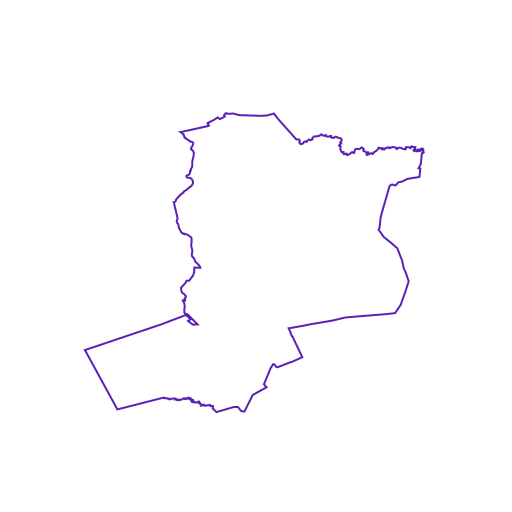 Ziemera pag., Aluksne, Latvia, rotated 163°
{"feature_id": "27541924B47262508870968", "entity_name": "Ziemera pag.", "entity_type": "district", "adm_level": 2, "iso_a3": "LVA", "parent_name": "Latvia", "parent_adm1": "Aluksne", "projection": "robinson", "projection_center": [27.036, 57.508], "detail": "fine", "context": "isolated", "style": "outline", "palette": "violet", "viewbox_px": 512, "rotation_deg": 163, "n_neighbors": 0, "source": "geoboundaries", "source_scale": "gbopen_adm2", "svg_char_len": 6053}
<svg xmlns="http://www.w3.org/2000/svg" viewBox="0 0 512 512"><g transform="rotate(163 256 256)"><path d="M132.0,166.9L124.1,177.5L117.4,187.1L117.6,196.2L118.3,200.8L117.6,209.7L117.8,211.0L118.6,222.0L123.2,229.4L128.5,237.2L129.8,241.9L130.2,242.5L130.2,243.0L131.1,245.1L129.5,247.1L125.9,255.6L123.9,259.2L107.7,284.0L105.8,284.6L104.5,284.4L103.6,283.8L103.3,283.3L102.4,282.9L101.3,282.9L99.7,284.1L98.2,284.8L94.2,284.5L88.7,285.5L77.5,283.9L76.5,283.9L73.3,291.6L74.9,292.4L71.6,295.6L67.3,305.8L66.9,306.0L66.5,305.6L65.4,306.1L65.7,306.7L65.4,307.3L65.7,307.8L65.3,308.1L65.5,308.5L64.9,308.9L65.0,309.1L65.5,309.3L65.2,309.8L65.4,310.1L67.3,310.3L67.6,310.0L67.2,309.2L68.4,308.4L68.8,308.5L68.5,309.0L68.9,309.5L69.9,310.6L70.2,310.6L71.1,309.9L70.6,309.3L70.7,309.1L71.3,309.0L72.1,309.2L72.1,309.5L72.6,310.1L74.1,310.1L74.4,310.6L74.4,311.1L74.2,311.5L72.6,311.5L72.5,312.5L71.7,313.4L72.3,313.9L73.4,314.0L75.2,315.4L75.8,315.1L76.3,314.1L76.8,314.0L77.1,314.1L77.6,315.0L78.0,315.3L80.1,316.1L80.9,316.2L81.4,314.6L82.3,314.3L82.5,314.8L84.3,315.5L85.6,316.9L87.6,317.9L88.4,317.9L89.9,317.0L90.5,317.5L90.4,318.5L90.7,318.9L93.4,320.3L94.7,320.0L95.9,320.6L96.1,320.2L96.5,320.1L97.5,320.3L98.0,321.3L99.3,321.2L99.9,321.5L101.5,320.8L101.9,320.4L102.5,320.4L103.2,321.0L102.8,321.7L103.1,321.9L103.5,321.4L104.5,321.2L104.6,321.5L104.4,322.1L104.6,322.5L106.0,322.8L107.0,323.8L107.3,323.7L107.5,323.0L108.4,322.3L111.1,321.1L112.5,320.9L114.3,319.5L114.9,319.7L115.4,320.5L115.7,320.6L120.4,320.1L120.6,320.5L119.3,320.9L118.3,322.1L118.6,322.5L120.3,322.5L120.6,322.8L120.9,323.9L122.4,324.9L122.6,326.0L121.7,326.8L123.0,328.9L124.0,328.8L125.1,328.2L126.2,328.0L127.6,328.8L129.4,329.2L129.9,329.0L130.5,328.2L131.3,327.4L131.8,326.0L132.4,325.9L133.0,326.4L133.2,326.9L133.8,327.1L134.9,327.1L135.3,326.6L136.2,326.2L139.2,325.8L139.7,326.3L139.4,327.3L139.5,327.5L142.0,327.6L142.5,328.2L142.5,328.8L141.8,329.7L142.0,329.9L143.8,330.4L144.0,331.6L143.9,332.2L144.2,333.2L143.1,336.1L143.2,336.4L144.1,336.9L144.3,337.3L143.6,337.9L141.5,338.8L141.4,339.0L141.5,339.5L142.1,340.0L140.4,341.4L140.0,342.8L140.1,343.2L140.9,344.0L142.5,344.6L143.8,346.1L144.4,346.3L144.7,346.8L145.6,346.8L147.0,346.2L149.2,347.1L149.7,347.9L149.7,348.2L149.0,348.6L149.0,348.8L149.6,349.1L151.7,348.9L153.6,349.6L154.2,350.4L153.7,350.9L153.9,351.3L155.3,351.0L156.0,351.2L157.1,352.1L157.5,352.9L158.1,353.3L159.9,352.4L160.7,352.6L161.2,352.4L162.6,352.8L164.2,352.8L165.5,353.4L167.7,352.2L167.9,352.0L167.9,351.2L168.9,350.8L170.1,350.8L170.8,351.7L171.6,351.8L172.9,351.3L174.1,350.3L174.7,350.5L175.1,351.1L176.2,351.1L177.3,350.8L177.9,349.9L180.5,349.8L181.1,350.9L181.4,352.0L180.5,352.7L180.6,354.7L183.3,355.6L194.3,379.4L197.1,386.4L197.2,387.0L204.7,387.2L210.6,388.7L231.1,395.7L236.2,399.0L238.2,399.3L242.2,400.6L242.3,401.1L243.3,401.4L245.5,399.9L245.0,398.6L246.6,398.1L250.7,397.5L252.0,399.7L256.7,398.4L263.1,397.4L262.9,396.6L263.5,396.5L262.9,394.4L263.9,394.3L292.0,396.6L291.0,395.4L290.5,394.4L289.6,393.6L289.7,392.6L289.9,392.5L289.9,392.1L289.5,390.9L289.8,390.2L289.1,389.7L289.1,389.3L288.5,388.8L288.2,388.0L287.1,387.2L286.7,386.2L285.4,385.2L285.2,384.9L285.3,384.6L283.4,383.5L283.1,382.7L283.1,382.2L283.2,381.7L284.6,379.8L286.0,378.7L287.0,377.2L285.8,375.6L285.3,374.3L285.3,373.0L285.5,372.1L287.0,368.9L289.1,365.5L291.0,359.8L292.8,358.4L293.2,357.0L293.4,356.7L294.2,356.6L294.6,355.2L295.8,353.7L296.5,353.3L298.6,353.3L299.3,352.7L299.2,351.6L298.9,351.1L296.0,349.8L295.2,348.7L294.5,346.7L294.7,344.7L295.4,343.5L297.4,341.8L298.3,341.4L299.3,341.4L300.6,340.5L301.8,340.3L303.2,339.5L305.5,339.0L306.7,338.3L307.0,337.7L308.5,337.5L309.1,337.0L311.0,336.4L311.1,336.0L312.9,335.3L316.2,333.1L316.4,332.3L317.0,331.8L318.5,331.4L318.9,331.5L318.8,331.0L319.3,326.7L319.2,326.4L320.0,314.7L321.2,313.3L321.7,312.3L321.8,310.8L321.1,309.6L321.4,305.3L320.7,301.2L320.1,299.7L318.9,298.4L318.8,298.8L316.3,297.2L314.6,295.5L312.5,292.7L312.8,290.2L315.0,284.7L315.3,279.7L317.1,275.7L317.2,275.0L317.1,274.0L315.9,271.9L315.8,269.5L315.5,267.9L314.1,265.5L312.8,262.7L312.7,261.0L318.4,263.0L319.7,258.9L321.8,255.8L327.2,251.9L329.6,252.7L331.2,251.0L337.0,247.5L337.5,244.9L337.4,242.5L335.7,240.4L335.4,239.2L334.7,238.1L335.1,237.3L336.7,236.2L336.8,235.6L336.4,235.2L336.6,234.4L336.9,234.1L337.5,234.1L338.6,235.0L339.1,234.8L338.6,232.9L338.4,231.3L339.2,227.6L340.0,226.4L341.1,222.6L340.7,221.9L338.3,219.9L331.9,207.7L336.4,208.8L340.0,213.7L337.0,214.5L339.2,218.3L339.9,220.1L366.7,218.3L447.1,216.1L447.0,215.4L446.4,215.5L446.8,214.8L433.4,149.8L385.8,147.6L385.9,147.1L385.6,146.9L382.9,146.2L382.7,145.6L381.5,145.2L381.0,144.4L380.2,144.8L379.4,143.9L377.2,144.2L376.0,143.5L374.5,143.2L374.4,143.0L374.8,142.6L374.3,142.6L373.6,142.0L373.8,141.5L373.0,141.2L372.7,140.8L371.7,141.3L371.5,141.2L371.3,140.6L370.5,140.8L370.1,140.5L369.2,140.4L367.0,141.1L366.8,141.0L366.9,140.6L366.4,140.3L365.9,140.6L365.7,140.2L365.5,140.4L364.5,139.7L364.1,140.2L363.3,139.8L362.8,140.3L362.2,140.4L361.9,140.1L362.7,139.9L362.8,139.7L362.0,139.1L361.8,139.6L361.4,139.7L361.2,138.5L360.1,139.0L360.0,138.1L360.2,137.8L360.0,137.1L359.5,137.4L358.4,136.9L358.2,136.0L358.6,136.3L360.1,135.9L359.7,134.9L359.3,134.7L358.3,134.9L358.0,134.4L357.2,134.2L357.1,133.8L356.3,133.4L354.4,133.1L353.9,133.2L353.9,133.6L353.1,133.6L352.6,132.5L352.7,132.2L353.4,132.5L353.5,132.2L353.4,131.5L352.0,130.4L351.7,130.0L351.9,129.5L350.9,129.2L351.3,128.9L349.9,128.9L349.3,129.1L349.2,128.9L349.8,128.4L349.2,128.0L348.5,128.0L347.9,127.6L343.7,127.1L343.5,125.8L341.8,125.4L340.9,124.9L341.3,124.4L342.0,122.9L339.4,118.3L321.6,118.1L317.4,116.9L315.6,112.1L312.6,110.6L299.7,124.1L284.3,127.4L285.9,131.0L274.5,144.8L271.3,147.5L270.5,147.3L270.0,146.6L268.9,143.8L268.0,143.3L253.8,144.4L253.1,144.2L241.3,145.7L244.7,168.6L245.2,169.0L245.4,173.4L245.9,177.3L231.5,175.5L223.1,174.7L202.8,172.0L188.0,171.0L149.2,162.5L139.7,160.7L132.0,166.9Z" fill="none" stroke="#5b21b6" stroke-width="2"/></g></svg>